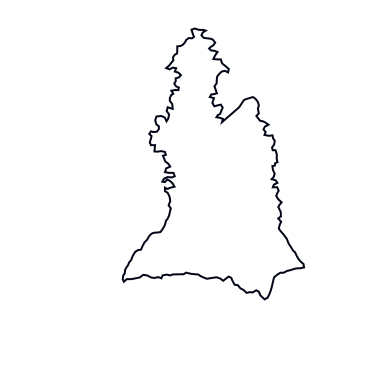 Palma Sola, Santa Catarina, Brazil (orthographic projection), rotated 143°
{"feature_id": "56859067B30119387857874", "entity_name": "Palma Sola", "entity_type": "district", "adm_level": 2, "iso_a3": "BRA", "parent_name": "Brazil", "parent_adm1": "Santa Catarina", "projection": "orthographic", "projection_center": [-53.322, -26.383], "detail": "fine", "context": "isolated", "style": "outline", "palette": "ink", "viewbox_px": 384, "rotation_deg": 143, "n_neighbors": 0, "source": "geoboundaries", "source_scale": "gbopen_adm2", "svg_char_len": 3659}
<svg xmlns="http://www.w3.org/2000/svg" viewBox="0 0 384 384"><g transform="rotate(143 192 192)"><path d="M146.3,67.3L147.2,71.6L147.2,75.2L146.7,78.6L146.0,81.8L146.5,84.6L146.2,87.7L145.8,93.0L144.5,97.5L144.4,102.8L144.8,107.3L144.7,110.5L141.9,112.9L138.7,114.6L139.1,119.0L135.7,119.0L133.2,122.5L132.1,128.1L129.7,129.1L126.7,129.8L127.5,134.5L127.1,138.2L124.5,139.8L122.0,140.9L121.1,144.5L124.6,147.1L122.2,148.6L118.3,147.9L118.2,151.1L120.6,154.3L117.4,155.0L115.0,156.8L114.1,160.8L112.2,164.3L110.0,163.2L108.2,165.0L105.8,164.4L104.5,167.3L101.5,171.2L100.2,175.2L102.4,176.8L101.3,179.4L97.8,180.5L95.0,183.2L95.0,186.0L93.6,188.7L97.0,190.8L99.8,193.9L97.1,195.6L97.2,199.0L94.5,200.3L90.4,199.7L91.3,202.4L92.5,205.4L94.8,207.9L94.8,214.0L91.3,214.6L89.2,218.9L86.4,221.0L85.2,224.4L85.2,228.1L86.1,231.1L88.7,232.1L92.0,233.3L95.1,234.2L103.3,231.3L126.0,229.7L123.3,231.8L125.2,234.7L127.5,237.0L125.2,237.9L122.6,237.4L120.2,238.9L116.7,240.9L116.4,244.4L119.3,245.7L122.6,247.0L122.1,250.9L118.0,253.7L120.6,257.1L117.9,258.3L115.3,256.8L112.7,255.9L111.7,259.0L110.4,262.9L106.9,264.0L105.0,266.3L102.4,269.1L98.8,270.0L95.6,270.3L92.8,268.9L91.2,265.8L88.6,268.1L89.5,272.4L90.6,276.7L89.2,280.5L92.6,283.2L94.9,285.3L92.5,286.6L90.2,287.6L87.4,288.4L89.0,291.2L91.6,293.6L92.0,296.3L89.4,296.6L86.9,296.3L83.6,297.3L83.7,301.5L85.3,303.6L88.1,306.3L89.9,308.2L90.1,311.6L87.4,312.9L84.0,312.7L85.7,314.9L88.7,317.1L91.4,320.9L94.7,321.9L96.0,318.4L97.0,314.7L99.5,314.7L101.9,316.9L105.2,316.9L107.7,315.7L110.5,315.1L113.3,315.5L116.1,317.2L118.4,314.1L120.6,311.6L123.3,312.0L126.1,311.0L127.7,308.3L130.6,307.7L134.1,306.7L138.0,306.5L136.1,303.5L132.5,302.9L130.2,300.4L133.2,298.5L131.0,295.4L130.5,292.0L133.6,291.4L136.6,292.6L138.3,290.3L140.9,289.3L141.1,285.9L139.7,283.3L141.6,281.6L144.3,283.7L147.5,285.3L147.9,281.7L150.4,281.9L153.1,280.4L154.8,278.2L154.9,274.0L157.4,270.0L158.9,272.1L160.4,274.3L163.5,271.9L163.6,267.7L166.8,264.9L169.8,263.8L168.9,267.8L170.9,271.3L175.0,273.7L178.3,271.3L179.8,267.4L178.9,264.4L180.7,262.1L183.8,261.3L186.6,263.0L188.3,265.1L191.2,264.1L190.6,261.1L192.7,259.3L195.8,257.1L196.6,254.1L193.3,251.7L195.1,249.7L197.6,247.0L195.3,245.0L192.0,243.2L189.5,240.3L190.5,237.4L193.4,238.4L194.1,235.5L195.0,232.6L193.9,228.9L194.1,225.4L198.5,226.4L201.6,224.1L198.6,220.9L195.2,218.4L196.3,215.0L199.2,215.7L202.5,218.6L206.3,219.5L209.5,218.1L207.6,216.2L204.4,216.9L203.1,214.7L202.3,210.9L202.8,206.8L207.1,208.6L209.8,209.2L211.0,211.7L213.1,208.8L211.9,206.2L212.7,201.8L214.8,197.9L218.7,195.4L218.8,191.7L221.2,189.8L224.4,187.0L227.6,185.3L230.2,184.7L232.2,182.9L234.8,181.3L237.7,180.1L241.2,179.0L243.8,180.3L246.1,181.9L248.5,182.9L251.1,182.9L253.7,182.2L256.6,180.9L260.2,180.3L263.7,178.8L267.4,176.6L269.8,178.0L273.3,178.4L277.8,176.6L281.5,174.3L284.5,173.6L287.2,172.0L289.8,171.2L292.1,170.2L294.6,167.6L297.5,166.4L299.8,164.0L300.4,161.3L296.6,161.7L292.7,158.8L285.2,155.2L280.8,155.2L278.0,152.3L276.0,148.2L273.8,146.0L270.1,144.3L268.4,141.5L265.7,143.1L261.8,141.2L259.6,138.5L256.9,137.7L248.2,131.4L245.2,131.1L242.0,127.2L239.1,124.5L236.6,122.3L235.7,119.5L233.9,116.3L232.3,113.7L229.4,112.2L227.1,111.0L223.8,109.2L221.5,105.9L220.5,102.3L217.7,102.4L213.7,102.4L212.3,99.9L213.3,95.7L213.7,92.1L211.5,90.1L211.3,85.8L209.8,82.8L209.1,78.6L206.2,77.3L203.9,75.2L200.0,74.9L198.6,72.1L199.6,68.3L198.7,62.6L195.3,62.1L191.7,63.8L188.3,66.0L185.7,67.9L182.9,70.3L180.1,72.6L177.7,74.5L172.8,74.6L170.0,74.3L167.2,72.3L163.6,71.8L161.3,70.7L158.0,69.5L155.0,68.4L151.5,66.0L147.9,64.3L146.3,67.3Z" fill="none" stroke="#020617" stroke-width="2"/></g></svg>